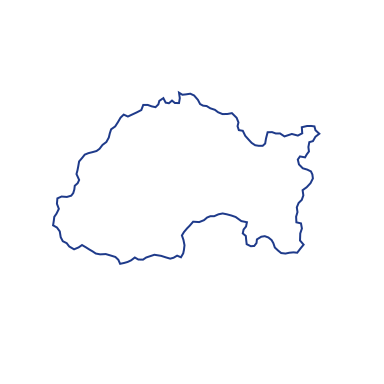 Rio Espera, Minas Gerais, Brazil, rotated 155°
{"feature_id": "56859067B5369977360361", "entity_name": "Rio Espera", "entity_type": "district", "adm_level": 2, "iso_a3": "BRA", "parent_name": "Brazil", "parent_adm1": "Minas Gerais", "projection": "albers", "projection_center": [-43.501, -20.858], "detail": "fine", "context": "isolated", "style": "outline", "palette": "blue", "viewbox_px": 384, "rotation_deg": 155, "n_neighbors": 0, "source": "geoboundaries", "source_scale": "gbopen_adm2", "svg_char_len": 2549}
<svg xmlns="http://www.w3.org/2000/svg" viewBox="0 0 384 384"><g transform="rotate(155 192 192)"><path d="M221.2,291.0L225.3,289.6L229.6,286.6L233.9,283.9L238.8,283.0L241.7,279.9L244.4,276.5L248.5,273.5L253.2,272.5L257.6,270.2L261.2,269.5L265.4,270.2L269.5,271.0L273.4,271.2L277.2,269.3L281.4,267.4L284.2,263.4L286.6,260.1L289.1,257.1L289.2,250.6L291.9,248.3L295.6,247.2L297.6,244.0L300.1,241.2L303.0,239.7L307.5,240.4L312.1,243.0L316.7,243.1L319.4,238.4L319.8,233.0L324.0,229.6L327.3,227.7L329.5,224.2L332.0,220.5L329.4,216.9L328.5,212.2L330.1,206.5L329.9,202.0L327.2,198.6L326.3,194.5L323.1,189.9L318.2,189.7L314.1,190.4L311.6,186.8L309.3,183.2L307.2,180.2L305.2,176.9L301.6,174.3L296.4,172.2L292.3,168.6L288.9,165.5L287.4,161.7L287.5,157.3L283.6,156.4L279.9,155.8L276.1,155.8L271.5,156.8L269.2,153.5L265.0,151.4L261.2,152.0L257.7,151.6L252.6,151.0L247.0,147.2L243.1,143.6L239.9,140.8L236.5,140.2L232.4,140.6L229.6,137.5L225.9,140.1L223.8,142.9L221.3,146.9L220.0,152.2L219.5,156.9L216.2,159.1L211.9,161.1L208.4,162.4L203.5,164.6L198.2,161.7L193.0,161.4L189.1,162.5L185.6,162.3L182.2,160.7L177.4,160.6L173.3,159.6L169.9,157.1L166.3,154.1L163.0,150.9L159.6,144.8L155.0,141.4L157.6,137.9L161.1,136.2L163.5,133.0L161.8,129.4L163.0,126.1L164.5,121.6L161.6,118.0L158.4,116.8L155.1,118.5L153.2,121.6L148.1,122.2L144.7,121.2L142.0,118.5L140.2,114.8L139.9,111.3L140.4,106.7L138.8,102.7L137.0,99.0L133.3,96.7L129.4,95.8L125.5,94.4L122.3,92.5L117.5,95.0L113.1,97.1L114.6,102.4L111.4,108.7L107.8,112.5L106.5,117.5L110.2,120.4L108.1,125.6L104.9,129.2L103.5,133.8L100.0,137.0L95.8,138.5L92.5,141.9L91.0,146.9L85.9,147.9L80.9,149.9L76.7,153.2L75.5,157.0L75.5,160.4L78.1,163.6L81.6,166.7L83.4,171.8L82.4,176.7L79.1,178.6L74.9,175.6L72.1,177.6L68.9,179.3L67.5,183.6L64.6,187.6L60.9,187.0L56.8,189.9L52.0,191.0L54.0,195.8L53.3,199.7L56.1,201.5L59.9,203.2L65.1,204.3L67.3,198.6L72.2,198.4L77.0,202.4L84.7,203.3L87.5,207.9L91.3,209.6L94.1,212.4L98.2,214.2L102.4,209.1L105.2,205.0L108.4,204.0L111.9,205.6L115.0,207.7L117.2,211.3L118.5,215.4L120.0,220.4L120.1,226.0L123.4,228.3L122.9,232.4L120.5,235.4L120.2,240.4L122.5,246.6L126.8,247.7L131.4,249.7L134.7,253.3L136.5,256.8L140.1,260.2L142.4,263.7L145.5,265.6L147.5,268.3L147.7,273.0L149.3,278.6L152.0,281.8L156.1,283.0L159.6,284.2L161.8,287.5L163.4,282.2L166.2,278.1L169.9,279.9L171.5,283.3L175.4,282.2L178.1,284.1L178.3,289.2L183.1,288.4L185.5,285.6L189.2,284.3L192.4,286.7L195.3,289.6L199.4,291.5L203.3,287.7L208.6,287.5L213.6,287.5L218.2,287.5L221.2,291.0Z" fill="none" stroke="#1e3a8a" stroke-width="2"/></g></svg>